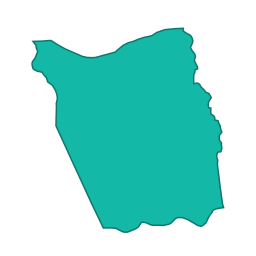 Itaguatins, Tocantins, Brazil, rotated 275°
{"feature_id": "56859067B12932377122476", "entity_name": "Itaguatins", "entity_type": "district", "adm_level": 2, "iso_a3": "BRA", "parent_name": "Brazil", "parent_adm1": "Tocantins", "projection": "mercator", "projection_center": [-47.574, -5.788], "detail": "fine", "context": "isolated", "style": "filled", "palette": "teal", "viewbox_px": 256, "rotation_deg": 275, "n_neighbors": 0, "source": "geoboundaries", "source_scale": "gbopen_adm2", "svg_char_len": 1901}
<svg xmlns="http://www.w3.org/2000/svg" viewBox="0 0 256 256"><g transform="rotate(275 128 128)"><path d="M229.2,156.2L225.7,148.4L222.3,144.1L221.0,140.7L219.6,135.9L217.1,130.1L215.8,127.7L214.5,125.2L213.1,121.2L210.1,116.2L208.5,114.5L205.1,111.1L202.5,108.6L201.8,106.8L195.4,89.4L194.9,85.6L194.7,81.0L195.4,76.1L196.1,74.1L201.3,58.5L203.0,54.8L204.6,51.1L208.4,43.8L208.2,41.3L207.1,35.1L206.0,25.8L202.4,29.1L199.9,29.6L196.3,31.4L189.2,29.2L186.8,27.6L184.7,26.8L182.2,27.0L178.8,28.2L177.4,30.5L176.6,33.3L176.1,37.5L173.4,39.7L170.8,42.4L166.8,44.1L164.0,49.0L158.7,52.7L154.7,54.4L150.9,55.1L148.2,54.7L146.0,54.4L143.8,54.8L129.1,55.7L123.8,56.1L109.9,64.0L103.6,67.6L101.9,68.6L97.5,71.0L65.1,89.5L50.3,97.9L26.2,112.2L26.6,114.8L27.0,120.4L27.0,124.7L24.4,131.1L23.9,133.3L24.3,136.8L27.5,143.1L29.0,145.5L30.6,147.1L35.2,149.6L35.5,151.9L35.0,155.1L33.6,158.6L33.3,160.6L33.6,164.4L34.0,171.8L35.9,177.5L37.3,179.4L39.4,181.3L41.9,183.1L43.2,185.5L43.4,190.1L42.1,195.3L37.0,206.0L36.5,209.3L37.4,211.1L40.6,214.1L44.5,215.4L48.1,217.0L51.5,219.2L53.7,220.0L55.5,223.9L56.3,227.0L57.0,230.2L60.5,228.8L76.2,225.2L99.6,220.2L103.6,220.2L106.1,219.2L108.1,218.7L111.6,219.4L112.5,222.6L116.1,223.3L118.6,222.6L121.3,222.4L124.0,220.0L128.5,219.6L132.0,221.8L135.3,220.3L138.5,219.5L140.6,218.0L143.0,217.1L143.7,213.7L146.0,213.5L147.6,212.3L149.2,209.3L151.6,209.0L155.1,208.8L155.2,206.6L157.9,205.9L161.1,206.1L165.6,208.3L169.5,205.5L170.3,202.7L172.9,200.1L175.4,197.0L177.0,196.1L178.6,194.3L178.7,192.3L177.8,189.6L183.3,189.1L186.9,188.9L189.5,189.8L191.5,189.6L193.0,192.2L195.1,191.8L197.5,190.3L199.1,189.2L201.2,188.3L205.2,188.9L207.1,188.3L209.2,186.6L211.1,184.7L213.7,183.2L218.3,184.8L220.7,185.0L223.3,184.0L225.7,182.2L228.1,176.8L229.6,174.4L232.1,174.4L231.0,165.5L230.4,163.1L230.0,160.5L229.2,156.2Z" fill="#14b8a6" stroke="#0f766e" stroke-width="1.5"/></g></svg>